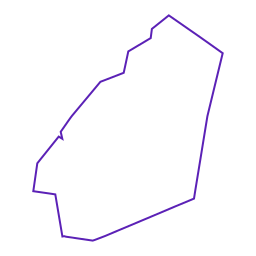 José de Freitas, Piauí, Brazil
{"feature_id": "56859067B84403529519879", "entity_name": "José de Freitas", "entity_type": "district", "adm_level": 2, "iso_a3": "BRA", "parent_name": "Brazil", "parent_adm1": "Piauí", "projection": "equal_earth", "projection_center": [-42.555, -4.696], "detail": "fine", "context": "isolated", "style": "outline", "palette": "violet", "viewbox_px": 256, "rotation_deg": 0, "n_neighbors": 0, "source": "geoboundaries", "source_scale": "gbopen_adm2", "svg_char_len": 590}
<svg xmlns="http://www.w3.org/2000/svg" viewBox="0 0 256 256"><path d="M194.0,198.6L195.3,190.3L200.9,156.1L203.1,142.5L207.4,116.2L215.4,83.2L222.7,53.2L220.3,51.5L200.6,37.5L168.8,15.4L151.9,28.9L150.7,38.1L148.3,39.5L128.3,51.4L125.1,66.4L123.7,72.8L100.4,81.8L72.0,115.8L70.5,117.8L68.5,120.6L60.7,131.8L62.3,138.8L58.7,136.6L40.8,158.9L37.3,163.3L33.3,191.2L50.8,193.7L55.3,194.4L59.8,221.1L62.4,236.5L64.2,236.2L66.0,236.7L92.7,240.6L94.6,240.0L105.1,236.0L116.9,231.0L146.2,218.7L149.6,217.3L150.7,216.8L174.8,206.6L194.0,198.6Z" fill="none" stroke="#5b21b6" stroke-width="2"/></svg>